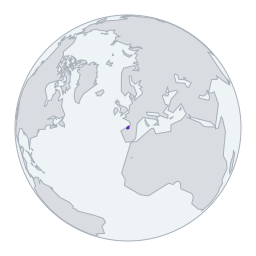 globe centered on Cantabria, rotated 337°
{"feature_id": "ESP-5813", "entity_name": "Cantabria", "entity_type": "Autonomous Community", "adm_level": 1, "iso_a3": "ESP", "parent_name": "Spain", "parent_adm1": "", "projection": "orthographic", "projection_center": [-3.983, 43.14], "detail": "fine", "context": "on_globe", "style": "filled", "palette": "violet", "viewbox_px": 256, "rotation_deg": 337, "n_neighbors": 0, "source": "natural_earth", "source_scale": "10m", "svg_char_len": 9870}
<svg xmlns="http://www.w3.org/2000/svg" viewBox="0 0 256 256"><g transform="rotate(337 128 128)"><circle cx="128" cy="128" r="113" fill="#eef3f6" stroke="#a8b0b8"/><path d="M33.0,188.5L31.0,185.1L28.7,180.7L24.3,171.8L18.8,153.7L18.9,150.7L18.3,146.9L20.4,144.8L20.8,136.9L20.2,134.2L19.2,135.0L18.2,124.8L19.1,117.6L22.5,90.1L24.2,85.5L26.4,81.4L38.5,61.5L28.2,76.8L30.8,71.8L35.0,65.3L41.3,57.6L45.1,52.9L53.9,45.1L63.4,40.5L60.7,42.7L63.3,41.6L66.9,38.9L68.6,37.5L82.5,32.0L95.1,26.2L97.2,24.0L98.2,25.0L100.8,21.0L106.4,18.8L101.3,21.6L101.7,22.2L106.0,20.7L107.4,21.0L110.3,20.5L111.5,21.1L108.4,23.0L109.1,23.5L112.2,22.4L115.3,22.6L110.7,24.0L115.7,24.5L111.4,28.3L98.1,32.6L96.9,36.1L86.1,44.5L88.2,44.6L85.5,48.2L86.9,49.7L84.5,51.1L87.8,51.1L89.7,49.6L91.7,49.2L92.7,50.0L89.9,51.8L88.9,51.6L88.6,52.6L86.7,53.2L88.2,53.4L84.6,55.7L89.7,54.7L88.0,57.6L85.2,58.8L83.6,57.0L73.2,56.0L69.9,57.1L66.8,60.2L65.0,69.5L62.1,71.6L59.5,75.7L62.0,75.2L64.8,71.8L68.7,72.2L71.8,68.3L73.8,68.0L77.7,65.0L79.1,67.4L78.4,71.5L75.2,74.2L74.8,76.1L79.4,75.3L75.2,82.3L75.1,90.6L73.8,92.4L68.2,92.3L64.1,87.6L57.0,88.6L63.6,90.1L60.2,94.9L60.5,96.7L61.8,97.8L63.9,96.8L63.2,99.1L56.3,98.1L56.9,96.1L59.1,96.3L57.1,94.3L52.5,94.1L51.1,96.8L45.6,94.5L44.5,96.5L42.7,97.3L44.8,94.2L41.0,99.8L34.2,99.5L28.9,109.4L32.0,98.9L31.7,95.2L30.9,91.8L29.9,93.3L30.2,87.4L28.2,86.2L24.1,91.8L21.4,99.0L21.5,104.7L23.1,103.2L24.0,106.5L20.1,112.0L21.2,120.0L19.2,125.5L19.1,130.7L20.4,133.2L21.6,138.1L23.5,136.9L26.2,138.8L25.1,143.9L27.4,141.4L28.3,145.9L34.2,152.9L33.5,153.5L38.3,165.4L45.4,174.0L47.0,179.0L46.0,180.5L48.9,183.1L48.9,184.6L61.9,194.4L69.8,201.4L70.5,206.0L65.5,208.3L65.2,215.8L57.4,213.1L58.2,215.3L57.0,215.4L56.6,215.1L49.9,209.2L43.7,202.7L38.1,195.8L33.0,188.5ZM27.2,112.1L28.6,124.0L26.3,120.3L27.0,120.3L27.0,116.6L26.4,111.4L24.8,108.5L27.2,112.1ZM31.2,110.4L30.9,108.8L31.5,110.0L31.2,110.4ZM69.2,36.8L66.8,38.9L63.1,41.3L64.9,39.5L69.2,36.8ZM76.6,32.9L75.8,33.8L73.0,34.5L74.3,33.8L76.6,32.9ZM98.3,22.6L96.1,23.5L97.8,22.5L98.3,22.6ZM110.5,20.4L110.7,20.1L112.1,20.0L110.5,20.4ZM76.6,63.9L77.1,64.5L76.1,64.7L76.6,63.9ZM77.8,62.2L76.3,62.1L76.7,61.3L77.6,61.4L77.8,62.2ZM115.2,20.9L117.4,21.0L114.6,21.2L115.2,20.9ZM79.6,62.5L77.5,59.9L78.2,58.5L82.2,57.5L79.6,62.5ZM118.4,21.3L123.8,21.8L124.7,21.0L125.2,23.7L120.4,22.2L116.8,22.5L118.7,21.9L118.4,21.3ZM89.8,48.8L87.8,50.4L88.6,48.3L89.8,48.8ZM89.8,47.5L89.1,42.2L92.6,40.3L92.1,42.4L95.8,39.6L97.8,41.3L96.3,43.2L93.6,44.0L96.4,44.1L89.8,47.5ZM124.6,25.2L125.4,25.7L124.0,25.6L124.6,25.2ZM92.6,48.8L92.1,47.8L95.1,46.1L96.6,47.8L95.1,47.8L92.6,48.8ZM95.8,38.1L98.3,37.2L100.6,38.3L101.8,38.2L98.2,41.2L95.8,38.1ZM95.0,48.6L97.2,48.7L96.7,50.3L93.2,49.7L95.0,48.6ZM95.3,45.0L96.7,44.3L96.4,45.2L95.3,45.0ZM96.3,56.4L95.7,55.1L97.2,54.0L96.3,56.4ZM98.1,48.7L98.2,48.2L98.7,47.6L100.1,48.1L98.1,48.7ZM100.1,41.8L100.5,42.5L101.7,40.6L103.5,41.5L100.7,43.4L102.7,43.0L103.2,43.3L100.3,44.5L100.1,41.8ZM103.0,47.0L100.1,50.0L100.9,52.6L99.6,53.5L98.5,49.2L103.0,47.0ZM101.7,45.4L102.2,46.6L100.3,47.1L98.8,46.6L101.7,45.4ZM105.7,41.5L103.7,39.6L104.3,39.3L105.7,41.5ZM103.6,47.7L104.3,47.0L103.9,47.8L103.6,47.7ZM105.5,43.2L104.7,42.6L105.4,42.2L105.5,43.2ZM106.3,46.1L105.4,47.1L104.3,46.7L106.3,46.1ZM106.2,44.7L107.5,44.4L104.5,46.0L105.7,44.5L106.2,44.7ZM106.3,43.0L106.5,42.6L106.6,43.3L106.3,43.0ZM110.9,47.1L107.4,49.3L105.0,48.4L108.8,46.4L110.9,47.1ZM198.4,40.0L196.1,38.4L197.2,39.4L195.2,38.0L199.8,42.0L197.2,40.3L202.0,44.4L203.1,44.8L200.0,41.8L205.4,46.4L205.6,46.4L211.3,52.1L216.5,58.3L221.2,64.8L225.5,71.6L229.3,78.7L232.6,86.1L235.3,93.7L233.7,89.8L235.2,94.8L233.9,91.7L231.4,89.5L232.8,96.7L235.8,112.8L238.2,121.4L238.3,127.9L233.7,121.4L230.1,114.7L229.4,118.0L223.8,116.1L217.1,125.5L215.2,124.3L214.1,127.2L210.1,128.1L206.9,125.8L204.8,128.0L213.1,134.1L215.2,131.7L215.7,125.6L217.7,128.5L221.5,128.3L220.5,141.3L209.0,160.8L206.4,154.9L190.0,142.4L189.7,139.9L189.6,139.7L189.3,139.3L189.3,143.7L186.0,140.9L196.3,151.2L198.7,156.5L208.9,161.4L208.3,163.0L211.1,163.2L218.3,154.0L218.7,156.2L216.2,169.5L204.8,190.7L205.5,197.4L203.3,204.0L194.4,212.3L193.3,215.9L188.4,219.4L186.9,221.5L182.0,225.1L174.4,229.4L163.5,233.1L164.2,231.8L161.0,230.2L157.1,222.6L161.3,216.9L161.0,213.0L152.9,204.7L154.8,198.3L152.3,196.1L147.3,197.6L144.2,194.8L141.0,195.1L120.2,198.4L113.0,194.0L102.3,179.5L105.4,174.0L104.5,167.0L124.9,142.4L130.9,143.6L148.9,137.7L151.4,138.1L151.2,144.3L166.1,147.8L168.8,141.8L180.5,141.3L187.1,137.9L186.3,126.2L175.4,131.5L171.7,127.2L178.9,118.4L188.2,113.9L187.0,112.1L179.7,110.8L180.2,105.8L176.9,110.0L179.4,111.2L177.4,114.0L175.0,113.1L175.3,111.3L172.1,111.8L171.5,120.7L174.0,122.8L166.5,127.4L169.9,131.6L168.4,134.7L162.1,128.8L161.6,126.0L151.1,120.5L151.1,123.8L160.9,129.4L158.5,129.5L158.5,134.4L156.6,130.7L145.9,124.2L138.1,127.7L130.9,140.7L125.8,142.1L120.3,140.1L120.2,128.0L131.7,126.2L131.8,122.3L127.2,117.1L131.1,117.2L130.6,115.0L134.7,114.1L138.2,108.0L142.0,106.7L141.3,99.8L143.1,98.3L143.0,102.7L145.0,105.2L154.3,102.2L155.4,100.3L154.2,96.2L156.9,96.0L154.5,92.5L158.7,89.0L151.5,90.4L149.9,86.0L151.3,81.7L149.4,80.6L147.2,87.7L147.4,90.3L149.7,92.2L149.3,100.2L146.6,102.3L142.2,95.1L137.8,97.4L136.3,91.2L143.3,75.3L147.3,71.2L158.6,73.0L158.9,76.1L155.0,76.9L160.6,79.8L159.2,77.8L161.4,77.8L160.4,74.0L161.9,73.8L158.3,70.5L160.1,69.9L162.3,72.0L162.3,66.2L165.4,64.2L164.7,63.0L163.0,62.2L168.1,60.4L167.3,59.6L165.4,59.9L162.6,58.6L159.6,55.6L161.5,55.1L162.8,56.1L168.5,57.6L171.8,60.6L172.2,60.1L169.9,57.5L162.9,55.6L160.6,53.9L163.9,54.4L162.5,54.1L161.9,53.2L163.2,51.8L159.6,51.2L150.8,42.5L152.3,39.4L156.2,40.6L152.1,34.9L154.1,32.4L152.3,32.6L149.1,30.3L148.4,31.0L147.3,31.0L138.8,26.2L138.3,24.9L132.6,23.6L131.7,23.8L131.7,24.6L125.2,23.7L124.7,21.0L126.8,20.7L125.1,19.5L130.2,19.1L133.6,18.4L140.2,19.2L142.3,18.8L141.4,18.4L143.6,17.8L151.3,18.4L149.2,19.6L138.4,20.3L143.2,20.0L143.3,20.7L145.8,21.1L149.1,21.0L148.7,20.6L160.3,24.6L170.6,27.3L166.8,24.9L167.2,24.2L175.7,26.5L192.8,36.2L193.5,36.4L194.1,36.8L198.4,40.0ZM119.9,155.6L119.9,157.8L119.9,155.6ZM199.5,114.4L204.0,110.9L199.3,106.0L200.7,104.3L198.6,103.4L199.0,105.7L193.5,102.8L194.5,99.1L192.6,96.7L191.0,97.8L190.0,105.0L197.9,109.1L197.9,112.7L199.5,114.4ZM34.5,153.1L35.0,154.9L34.0,153.8L34.5,153.1ZM25.2,121.8L25.8,123.5L25.9,125.1L25.3,124.2L25.2,121.8ZM32.7,134.9L33.9,137.1L32.4,135.7L32.7,134.9ZM29.0,125.7L31.8,133.4L28.9,131.3L27.2,126.6L28.8,128.6L29.0,125.7ZM29.3,112.6L29.6,114.0L29.0,114.6L29.3,112.6ZM31.7,111.3L31.4,111.0L31.7,109.8L31.7,111.3ZM60.6,94.9L61.1,95.1L62.2,96.5L61.0,96.6L60.6,94.9ZM71.0,99.4L69.6,102.9L69.8,100.3L67.8,100.8L65.8,96.3L73.0,93.1L70.1,95.3L71.0,99.4ZM65.1,89.7L65.6,92.7L64.8,89.6L65.1,89.7ZM124.0,104.5L126.1,105.7L125.6,108.4L120.7,110.7L121.4,106.8L124.0,104.5ZM129.2,106.8L126.1,99.4L129.0,97.9L127.9,100.0L130.1,99.7L129.0,103.0L134.7,109.0L134.7,111.8L125.7,114.2L128.7,111.8L126.4,110.7L129.2,106.8ZM113.1,85.6L111.8,83.0L119.8,82.9L120.1,85.4L115.3,87.7L112.1,86.2L113.1,85.6ZM87.1,61.6L86.1,61.0L86.9,60.5L88.4,60.5L87.1,61.6ZM95.9,55.9L92.3,63.6L91.0,63.3L90.5,68.5L86.8,69.8L87.2,66.3L84.0,71.4L82.9,68.8L81.1,72.4L82.5,64.5L81.4,62.6L84.0,64.2L87.5,63.0L88.6,61.9L91.1,57.5L90.4,53.0L93.7,51.3L96.2,51.3L96.9,52.1L94.5,52.9L97.1,53.5L94.2,55.2L95.9,55.9ZM123.9,55.8L120.8,55.8L125.6,58.3L122.7,59.6L123.4,59.9L122.0,61.9L121.7,64.7L120.1,65.0L120.6,66.0L119.7,67.5L119.9,69.0L117.2,70.1L117.2,72.1L115.9,71.5L116.6,74.7L114.8,72.9L113.5,74.7L115.9,75.5L100.6,79.2L95.6,82.5L92.4,86.4L89.7,83.1L91.0,77.4L94.6,71.4L99.8,68.9L97.6,68.0L99.5,66.5L100.4,67.8L100.1,65.0L101.9,64.2L105.0,59.6L103.5,56.2L104.6,54.6L106.1,55.5L106.2,53.2L109.7,53.9L110.6,52.8L115.0,52.5L117.4,55.2L118.2,53.7L121.6,53.6L123.9,55.8ZM112.1,47.1L115.6,49.7L115.8,51.7L108.1,51.4L106.8,52.3L101.8,52.5L101.7,49.5L103.2,49.7L104.5,49.2L104.0,50.3L105.4,49.1L107.4,49.4L109.1,48.6L109.8,49.6L112.1,47.1ZM153.2,135.3L155.0,135.1L157.5,134.2L157.6,137.4L153.2,135.3ZM145.9,131.0L147.3,130.3L148.6,134.1L146.8,134.4L145.9,131.0ZM147.1,126.7L147.3,129.9L146.1,128.4L147.1,126.7ZM144.3,101.9L145.7,101.0L146.3,101.8L146.0,103.5L144.3,101.9ZM137.3,64.4L135.5,63.8L135.7,63.2L133.0,60.5L135.0,59.5L137.3,60.6L137.3,64.4ZM185.0,129.0L183.8,132.0L182.5,131.6L183.2,130.6L185.0,129.0ZM170.5,135.4L174.3,135.4L170.5,136.3L170.5,135.4ZM138.9,62.8L137.6,61.8L139.4,61.9L138.9,62.8ZM136.2,58.6L138.1,58.4L134.9,59.0L136.2,58.6ZM216.4,192.8L207.5,206.5L203.9,209.4L204.6,207.3L208.9,200.0L213.5,194.9L216.2,190.3L216.4,192.8ZM238.4,121.7L239.6,124.6L239.5,127.0L238.4,121.7ZM153.5,53.8L155.0,58.5L157.4,61.5L160.7,62.5L156.6,63.3L153.0,58.6L153.5,53.8ZM150.9,43.9L148.0,43.3L148.8,42.4L149.6,42.4L150.9,43.9ZM149.5,44.3L146.8,45.8L144.9,44.7L147.4,43.8L149.5,44.3ZM143.0,53.9L143.3,55.4L141.9,55.2L143.0,53.9ZM176.9,26.5L176.1,26.1L176.9,26.5ZM177.6,26.9L172.2,24.6L169.1,23.2L169.6,23.3L173.4,24.9L174.8,25.6L177.6,26.9ZM170.0,23.7L171.2,24.4L166.0,24.1L164.1,23.7L166.5,22.8L167.8,23.5L169.7,23.9L170.0,23.7ZM126.3,25.3L125.5,25.7L125.4,25.1L126.3,25.3ZM147.0,31.4L145.5,31.3L145.4,30.5L147.0,31.4ZM141.2,30.5L142.4,31.5L140.4,30.7L141.2,30.5ZM145.0,33.6L142.4,31.9L146.1,33.3L145.0,33.6Z" fill="#d9dde1" stroke="#a8b0b8" stroke-width="1"/><path d="M127.2,127.5L127.3,127.5L127.5,127.5L127.7,127.4L127.8,127.4L128.0,127.4L128.3,127.3L128.2,127.4L128.3,127.4L128.5,127.3L128.8,127.3L128.7,127.4L128.7,127.5L128.8,127.4L128.8,127.5L128.8,127.4L128.9,127.5L129.0,127.5L128.9,127.7L128.8,127.8L128.8,128.0L128.7,128.0L128.5,127.9L128.4,128.0L128.2,128.1L128.1,128.3L128.0,128.5L128.1,128.4L128.2,128.5L127.9,128.6L127.7,128.7L127.8,128.6L127.7,128.6L127.6,128.4L127.4,128.3L127.4,128.2L127.2,128.2L126.9,128.2L126.8,127.9L127.0,127.8L127.0,127.7L127.2,127.5Z" fill="#8b5cf6" stroke="#5b21b6" stroke-width="1.5"/></g></svg>